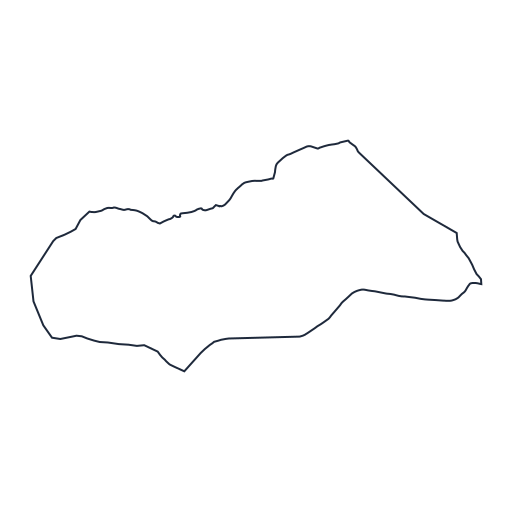 the district of Ajuterique, Comayagua, Honduras
{"feature_id": "27666195B64266786808273", "entity_name": "Ajuterique", "entity_type": "district", "adm_level": 2, "iso_a3": "HND", "parent_name": "Honduras", "parent_adm1": "Comayagua", "projection": "mercator", "projection_center": [-87.72, 14.397], "detail": "fine", "context": "isolated", "style": "outline", "palette": "slate", "viewbox_px": 512, "rotation_deg": 0, "n_neighbors": 0, "source": "geoboundaries", "source_scale": "gbopen_adm2", "svg_char_len": 6014}
<svg xmlns="http://www.w3.org/2000/svg" viewBox="0 0 512 512"><path d="M30.7,275.9L33.5,301.4L43.3,325.3L52.0,337.7L60.3,339.0L72.7,336.5L76.5,335.7L81.8,336.3L87.3,338.5L94.1,340.6L99.7,342.0L107.9,342.5L118.8,344.1L128.5,344.7L136.9,345.9L144.2,345.2L157.7,351.6L160.3,355.2L160.7,355.6L162.1,357.3L163.2,358.3L164.8,359.7L166.1,361.2L169.1,364.0L170.1,364.7L175.1,367.1L184.3,371.3L200.7,353.0L205.0,348.9L209.9,344.9L212.3,343.3L214.1,341.8L218.2,340.7L221.0,339.8L225.8,338.9L228.8,338.5L299.8,336.6L300.7,336.3L301.8,336.0L303.3,335.5L304.1,335.1L305.0,334.7L305.7,334.2L307.2,333.3L309.6,331.7L312.1,330.0L314.5,328.4L316.0,327.3L317.3,326.3L320.8,324.2L323.6,322.3L325.7,320.8L327.8,319.3L328.3,319.0L329.1,318.2L329.6,317.6L330.2,316.9L331.1,315.6L331.8,314.8L339.4,306.0L340.2,305.0L341.3,303.4L341.8,302.8L342.4,302.2L343.1,301.5L345.9,299.1L347.2,297.9L348.3,296.9L350.3,295.0L351.5,293.9L351.9,293.5L352.4,293.2L353.4,292.6L354.4,292.0L355.3,291.6L356.2,291.2L357.2,290.8L358.8,290.3L359.6,290.1L360.4,289.9L361.9,289.6L362.3,289.6L362.8,289.6L363.4,289.6L363.9,289.6L365.7,289.9L368.1,290.4L369.4,290.6L372.1,291.0L374.1,291.2L375.4,291.4L385.9,293.5L387.3,293.7L389.7,293.9L391.1,294.1L393.3,294.5L394.3,294.7L395.3,295.0L397.6,295.6L398.3,295.8L399.3,296.0L400.0,296.1L401.8,296.4L405.1,296.5L406.6,296.7L411.4,297.3L414.0,297.6L415.4,297.8L418.9,298.5L419.9,298.7L421.0,298.9L423.4,299.2L425.0,299.4L427.5,299.6L429.2,299.7L431.0,299.8L434.4,300.0L436.1,300.1L442.8,300.6L444.9,300.7L446.1,300.8L448.3,300.8L449.8,300.8L450.8,300.7L451.9,300.5L453.2,300.1L454.4,299.7L455.7,299.2L456.5,298.7L457.4,298.2L458.1,297.7L458.7,297.2L460.4,295.4L461.2,294.6L461.7,294.1L462.3,293.6L463.5,292.7L463.9,292.4L464.3,292.0L464.7,291.6L465.2,291.0L465.6,290.4L467.0,287.9L468.2,286.0L469.3,284.6L469.6,284.1L469.9,283.8L470.3,283.5L470.6,283.4L471.0,283.3L471.5,283.2L472.4,283.0L473.0,283.0L473.6,283.0L475.8,283.0L476.4,283.1L477.7,283.3L479.7,283.8L481.3,284.1L481.0,279.2L478.8,276.4L476.6,274.1L474.1,269.3L472.2,264.8L470.6,261.8L468.6,258.1L466.3,255.3L464.5,252.8L462.6,250.9L460.1,247.0L458.7,244.0L457.6,241.6L457.2,239.4L456.7,233.0L423.7,214.0L363.4,156.8L359.8,153.4L359.1,152.7L358.5,152.1L358.1,151.6L357.9,151.3L357.6,150.8L357.1,149.5L356.1,147.7L355.8,147.2L355.3,146.6L354.9,146.2L354.1,145.6L353.5,145.2L352.1,144.2L349.7,142.4L349.4,142.1L349.2,141.8L349.0,141.5L348.7,141.0L348.6,140.9L348.3,140.7L348.1,140.7L347.7,140.7L345.0,141.3L340.3,142.4L339.8,142.6L339.0,143.1L338.6,143.3L337.9,143.5L337.4,143.6L335.5,144.0L334.5,144.2L333.7,144.3L331.3,144.6L330.3,144.8L329.3,144.9L327.6,145.3L326.4,145.6L323.9,146.3L320.6,147.4L319.6,147.7L319.2,148.0L318.2,148.5L317.9,148.5L317.7,148.5L317.4,148.5L311.4,146.5L310.7,146.3L309.9,146.2L309.2,146.2L308.3,146.2L307.4,146.4L307.2,146.4L306.4,146.7L303.6,148.0L299.9,149.6L293.6,152.4L290.5,153.9L289.9,154.1L289.1,154.4L287.6,154.8L287.3,154.9L286.8,155.2L286.4,155.4L284.5,156.8L282.7,158.2L280.1,160.6L278.2,162.3L277.1,163.5L276.9,163.9L276.6,164.2L276.4,164.6L276.2,165.2L276.0,165.7L275.8,166.3L275.6,167.4L275.3,169.1L275.1,170.6L275.0,172.0L274.9,172.5L273.9,176.2L273.4,178.1L273.3,178.4L273.1,178.6L272.8,178.7L272.2,178.6L271.9,178.6L271.4,178.6L270.9,178.7L269.9,179.0L268.4,179.4L268.0,179.5L262.5,180.5L262.2,180.6L261.7,180.8L261.3,180.9L260.9,180.9L259.1,180.9L254.3,180.8L253.2,180.9L252.0,181.0L248.6,181.7L246.3,182.2L245.2,182.5L244.8,182.7L244.3,182.9L243.9,183.1L243.4,183.5L242.8,183.9L242.4,184.1L240.7,185.7L239.0,187.2L237.9,188.1L237.0,189.0L236.2,189.7L235.5,190.5L235.0,191.1L234.5,191.8L233.9,192.7L233.4,193.4L232.0,195.8L230.6,198.3L230.1,199.0L229.6,199.7L229.1,200.3L227.4,202.1L225.3,204.3L225.0,204.6L224.5,204.9L224.1,205.2L223.7,205.4L223.2,205.7L222.6,205.9L222.1,206.1L221.6,206.2L221.3,206.3L221.0,206.2L220.7,206.2L220.3,206.0L220.0,206.0L219.8,206.0L219.7,206.0L219.4,206.2L219.3,206.3L218.5,205.9L217.2,205.5L215.9,205.1L214.6,206.3L213.1,207.9L213.0,208.0L212.7,208.2L212.4,208.3L211.6,208.5L210.7,208.7L207.2,209.9L206.2,210.2L205.9,210.2L205.5,210.3L204.9,210.3L203.9,210.1L203.3,210.0L202.8,209.8L202.5,209.6L202.1,209.3L201.8,208.7L201.6,208.5L201.4,208.5L201.2,208.4L200.8,208.4L200.4,208.4L200.1,208.5L199.3,208.7L198.8,208.8L198.0,209.1L196.8,209.6L196.4,209.9L195.5,210.5L194.6,210.9L193.6,211.3L192.9,211.5L191.5,212.0L189.8,212.3L188.2,212.6L187.1,212.8L184.0,213.1L183.1,213.2L182.2,213.3L181.1,213.5L180.7,213.6L180.3,214.2L180.2,214.6L180.0,215.0L180.0,215.3L180.0,215.7L180.2,216.2L180.2,216.3L180.2,216.5L179.8,216.8L179.5,216.9L179.2,217.0L178.8,217.0L178.5,217.0L177.3,217.0L176.9,216.9L176.5,216.8L176.1,216.6L175.8,216.3L175.3,215.8L175.0,215.7L174.9,215.6L174.6,215.6L174.4,215.6L174.1,215.6L173.9,215.7L173.8,215.8L173.4,216.1L173.3,216.3L173.1,216.8L172.9,217.1L172.7,217.3L172.4,217.6L172.0,217.9L170.7,218.7L170.1,219.0L169.2,219.2L168.7,219.3L166.3,220.3L163.6,221.5L159.9,223.5L157.6,222.8L157.1,222.4L156.5,222.1L156.0,221.8L155.6,221.6L155.2,221.5L154.5,221.3L154.0,221.3L153.4,221.2L153.1,221.2L152.9,221.1L152.5,220.9L151.8,220.6L151.5,220.3L151.2,220.1L149.1,218.1L148.1,217.1L147.6,216.6L147.0,216.1L142.5,213.2L141.1,212.5L139.4,211.7L137.7,211.0L137.1,210.8L136.5,210.6L135.1,210.3L133.8,210.1L132.9,210.0L131.7,209.9L131.0,209.9L130.5,209.7L129.6,209.3L129.1,209.2L128.7,209.1L128.3,209.1L127.8,209.1L126.3,209.4L124.9,209.8L124.5,209.9L123.9,209.9L123.5,209.9L122.7,209.7L121.2,209.3L120.2,209.0L119.4,208.9L118.3,208.6L116.7,208.0L115.6,207.7L114.6,207.5L114.4,207.5L114.0,207.5L113.8,207.5L113.6,207.6L113.1,207.8L112.8,207.9L111.8,208.0L111.2,208.0L110.8,208.0L109.6,207.9L108.8,207.9L108.0,207.9L107.6,208.0L107.2,208.0L105.9,208.5L105.3,208.7L104.1,209.2L103.1,209.8L101.9,210.5L101.3,210.7L100.8,210.9L99.3,211.2L98.1,211.5L95.8,212.0L95.1,212.1L94.6,212.1L93.3,212.1L92.1,212.0L91.4,212.0L90.5,211.8L89.8,211.7L89.4,211.6L80.4,220.0L75.6,229.0L70.8,231.7L64.6,234.7L56.3,238.0L53.2,241.1L30.7,275.9Z" fill="none" stroke="#1e293b" stroke-width="2"/></svg>